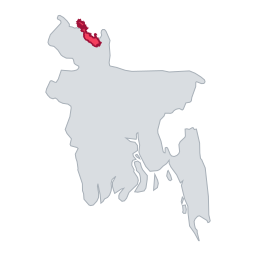 Lalmonirhat, Bangladesh shown in context
{"feature_id": "16705992B84214314165922", "entity_name": "Lalmonirhat", "entity_type": "district", "adm_level": 2, "iso_a3": "BGD", "parent_name": "Bangladesh", "parent_adm1": "", "projection": "mercator", "projection_center": [89.252, 26.122], "detail": "fine", "context": "in_parent", "style": "filled", "palette": "rose", "viewbox_px": 256, "rotation_deg": 0, "n_neighbors": 0, "source": "geoboundaries", "source_scale": "gbopen_adm2", "svg_char_len": 8099}
<svg xmlns="http://www.w3.org/2000/svg" viewBox="0 0 256 256"><path d="M82.5,190.7L82.4,183.7L77.8,169.9L78.0,168.4L77.1,161.8L75.9,158.1L75.3,154.1L78.1,148.5L77.0,147.5L70.8,145.8L70.1,144.3L71.4,138.8L67.0,133.5L65.2,129.5L69.9,116.7L71.2,107.8L70.8,106.1L67.9,104.1L62.8,103.3L59.1,101.6L57.0,99.1L55.2,98.0L53.0,98.8L50.2,97.8L47.8,95.3L45.8,92.2L46.6,88.9L50.3,81.0L51.7,80.7L55.0,82.3L56.2,82.3L58.3,79.1L61.3,70.2L71.6,71.0L74.1,70.7L76.7,70.0L78.1,68.8L78.9,67.4L78.7,66.2L75.5,64.5L74.2,63.2L73.4,59.6L72.4,58.3L66.2,58.1L62.9,56.4L61.1,55.0L57.9,50.1L54.0,46.4L50.2,45.6L48.8,44.4L48.0,42.5L48.5,39.8L50.4,34.6L60.7,23.4L61.0,22.2L60.6,20.7L57.5,18.9L57.3,18.0L58.2,15.7L59.9,15.4L63.5,17.5L67.1,21.0L69.3,24.1L69.3,26.5L72.2,27.0L74.5,28.1L77.0,27.7L78.5,28.3L79.6,28.1L80.0,26.7L77.9,23.2L78.9,21.7L81.3,21.8L83.0,23.1L84.3,25.8L84.5,30.1L87.3,33.9L91.0,36.6L93.8,37.9L97.3,38.7L100.3,37.9L101.7,35.2L101.1,32.8L101.5,30.7L102.7,29.5L104.6,29.6L106.0,31.3L110.0,40.4L109.2,44.5L110.1,55.5L109.1,62.8L109.7,65.6L110.4,66.1L116.5,67.4L125.2,70.3L132.0,71.4L162.4,70.6L169.1,72.0L189.4,70.9L195.0,73.2L201.0,77.0L204.4,79.8L205.0,81.4L204.6,82.8L203.5,83.5L201.4,83.6L196.6,81.7L195.8,82.3L195.7,86.6L191.8,97.5L191.3,100.9L189.9,102.2L185.9,102.9L183.3,109.2L182.2,110.0L179.5,108.6L177.9,108.8L175.8,109.4L173.8,110.8L172.4,112.6L170.8,113.3L165.1,113.2L164.0,116.1L160.3,119.9L157.7,130.0L157.9,133.1L161.0,141.2L163.2,151.7L164.1,152.7L165.1,152.8L165.2,148.0L166.2,147.4L167.5,147.9L170.2,154.4L171.7,156.0L174.1,156.5L176.8,155.5L178.8,153.6L179.6,151.6L178.9,144.6L180.2,141.7L184.8,137.4L185.4,136.1L185.1,129.1L186.9,128.8L189.2,129.4L192.2,127.7L193.1,127.7L194.3,129.5L196.4,129.1L199.6,143.1L199.8,153.0L200.5,158.4L201.7,159.7L205.2,167.9L208.4,196.6L208.8,214.8L210.2,220.9L209.0,222.3L207.9,222.6L206.9,220.4L199.4,215.8L197.6,216.3L195.1,219.0L194.1,221.4L194.5,224.9L195.3,228.3L197.1,230.3L197.2,232.5L199.2,240.6L198.6,240.6L194.6,233.2L189.6,226.0L188.0,212.9L187.9,206.4L184.6,198.8L181.4,185.5L182.8,180.8L180.4,182.9L176.7,174.9L170.9,167.0L169.2,163.5L169.1,160.2L166.6,163.6L163.2,166.0L159.7,169.5L157.4,170.6L150.0,171.3L145.8,166.5L139.7,154.7L138.9,152.0L139.7,145.1L138.3,138.5L137.9,132.7L136.8,133.3L136.3,134.8L136.6,137.3L136.1,139.3L125.9,138.0L130.3,141.5L135.0,142.3L137.4,145.4L137.5,150.5L132.9,153.6L133.3,156.2L136.0,159.4L132.8,160.3L131.9,162.4L131.8,165.3L134.1,169.8L133.7,171.6L137.6,177.5L138.3,180.4L137.3,184.4L129.0,192.4L126.6,198.2L124.5,200.8L122.0,201.3L118.9,198.6L118.8,195.8L119.5,193.6L123.8,188.3L121.4,189.0L114.7,193.4L113.4,189.8L112.5,186.5L112.5,182.4L115.8,176.3L112.1,179.4L111.1,183.2L111.5,187.6L111.1,190.8L109.6,194.9L107.6,197.4L104.5,199.0L103.1,201.4L100.9,203.2L100.2,194.9L97.9,183.7L97.4,186.1L98.6,193.1L98.5,197.6L96.8,201.2L93.3,205.0L90.6,205.6L89.0,205.0L84.0,199.2L83.6,193.7L82.5,190.7ZM144.1,190.9L137.8,192.2L134.7,191.8L140.6,181.7L140.4,177.2L139.5,173.5L136.5,170.5L136.3,168.4L135.0,165.5L134.3,162.1L137.6,161.0L140.3,162.9L141.3,166.8L142.6,169.7L147.3,175.6L147.2,179.3L145.9,188.1L144.1,190.9ZM157.4,187.6L153.6,190.3L154.8,174.3L157.6,180.2L158.3,183.4L157.4,187.6ZM171.8,179.6L170.2,180.7L168.6,179.7L166.7,176.0L167.6,171.2L168.2,170.5L170.6,175.4L171.8,179.6ZM185.8,213.2L183.7,213.4L182.6,212.2L183.1,210.7L182.6,205.5L185.3,205.0L186.3,209.3L185.8,213.2ZM183.5,198.8L181.9,203.9L181.2,201.6L182.3,197.1L183.5,198.8ZM139.2,157.1L139.8,158.8L136.4,156.7L135.4,155.1L137.0,154.3L139.2,157.1Z" fill="#d9dde1" stroke="#a8b0b8" stroke-width="1"/><path d="M97.8,38.2L97.1,38.2L96.6,37.8L95.9,37.6L96.1,36.9L96.1,36.6L95.8,36.2L95.6,36.4L95.2,36.4L95.0,37.0L94.6,37.2L94.7,37.6L94.6,37.8L93.9,37.6L93.5,37.8L93.2,37.6L92.9,37.6L93.1,37.5L92.8,37.5L92.7,37.2L92.6,37.3L92.7,37.2L92.4,37.0L92.3,36.6L91.9,36.6L91.4,36.1L91.2,36.3L90.5,36.1L90.7,35.9L90.7,35.5L90.3,35.7L89.7,35.5L89.8,34.9L90.2,34.4L89.6,34.5L89.6,34.1L89.3,33.9L89.2,33.7L89.3,33.6L89.0,33.6L88.8,33.5L88.8,33.2L88.3,33.1L88.2,33.2L87.9,33.0L87.5,33.2L86.9,32.9L86.6,32.9L86.3,32.5L86.2,32.6L85.9,31.8L86.3,31.6L86.0,31.3L85.7,31.4L85.7,31.1L85.5,30.9L85.6,30.2L86.0,29.8L85.7,29.6L85.7,28.7L85.4,28.7L85.5,28.5L85.4,28.6L85.3,28.2L84.9,28.1L85.1,27.6L84.5,27.2L84.4,27.2L84.4,26.9L84.2,27.0L84.3,26.6L84.5,26.5L84.3,26.4L84.5,26.2L84.2,26.0L84.4,25.5L85.0,26.7L85.1,26.4L85.4,26.2L85.2,26.1L85.3,26.1L85.1,26.0L85.5,25.9L85.5,25.6L85.3,25.7L85.5,25.6L85.5,25.4L85.2,25.4L84.7,25.4L84.6,25.2L84.2,25.2L83.9,25.4L83.6,25.3L84.3,24.7L84.1,24.6L84.1,24.2L84.2,23.8L83.5,23.7L83.8,23.6L83.9,22.8L84.1,22.5L84.0,22.4L83.6,22.6L83.7,22.4L83.3,22.4L83.3,22.5L83.3,22.4L83.0,22.2L82.9,22.3L82.9,22.2L82.7,22.4L82.1,22.2L82.0,22.4L81.8,22.4L81.7,21.9L81.3,22.0L81.5,21.9L81.4,21.6L80.9,21.7L80.9,21.3L80.4,21.3L80.6,21.7L80.4,21.7L80.4,21.4L80.0,21.4L80.0,21.2L79.9,20.8L80.0,20.7L80.1,20.3L79.9,20.4L79.9,20.2L79.8,20.3L79.8,20.2L79.4,20.2L79.4,19.9L79.1,19.8L79.2,20.1L79.4,20.1L79.2,20.3L78.9,20.1L78.9,20.3L78.7,20.3L78.8,20.5L78.9,20.8L78.7,20.9L78.7,21.2L78.0,20.9L78.0,21.1L78.3,21.1L77.9,21.3L78.0,21.5L78.0,21.9L77.2,21.9L77.4,22.2L77.6,22.0L77.7,22.8L77.4,23.0L77.8,23.1L77.5,23.3L77.5,23.5L77.9,23.6L77.7,23.8L78.0,23.6L78.4,23.9L78.8,24.0L78.9,23.5L79.2,23.7L79.2,23.9L78.8,24.1L78.7,24.4L79.0,24.3L78.9,24.5L79.1,25.0L79.2,24.7L79.3,24.6L79.2,24.3L79.3,24.1L79.7,24.1L79.8,24.3L80.1,24.2L80.2,24.3L80.3,24.6L80.0,24.5L80.1,24.8L80.4,24.8L80.7,25.0L80.6,25.3L80.3,25.3L80.5,25.5L80.1,25.5L80.0,25.8L80.1,26.1L80.4,26.1L80.5,26.3L80.6,26.2L80.5,26.6L80.9,26.0L81.3,26.6L81.4,26.4L81.2,26.2L81.4,25.8L81.6,25.9L81.4,26.6L81.9,26.8L82.1,26.7L82.0,26.9L82.1,27.1L82.3,27.2L82.2,27.0L82.4,27.0L82.4,26.6L82.3,26.9L82.3,26.6L82.2,26.6L82.3,26.3L82.7,26.4L82.7,26.7L82.9,27.0L82.6,27.1L82.9,27.4L82.8,27.5L82.9,28.0L82.5,27.9L82.4,28.2L82.5,28.5L82.0,28.3L81.9,28.4L81.6,28.3L81.4,28.4L81.3,28.6L81.4,29.0L81.8,29.2L81.9,29.3L81.8,30.1L81.5,30.2L81.3,30.5L81.7,30.6L81.8,31.0L82.0,30.9L81.9,31.0L82.0,31.2L82.3,31.1L82.7,31.4L83.3,31.3L84.1,32.3L84.1,32.7L84.3,33.3L84.2,33.5L83.9,33.5L83.8,34.1L83.8,34.6L84.2,35.1L83.9,35.3L84.0,35.6L83.9,35.7L84.1,36.7L84.0,36.8L84.3,37.0L84.3,37.4L84.4,37.5L84.7,38.3L84.9,38.5L85.1,38.8L86.1,39.9L86.8,40.0L87.1,40.0L87.5,40.4L87.8,40.3L88.4,41.3L88.6,41.1L89.0,41.9L89.9,42.2L90.1,42.4L90.6,42.2L91.0,42.5L91.1,42.8L91.5,43.4L91.8,43.5L92.3,43.8L92.6,44.0L92.6,44.5L93.0,44.9L93.0,45.2L93.9,45.3L93.9,45.6L94.4,46.1L95.6,46.3L96.0,46.2L96.0,46.5L96.6,46.5L96.9,46.7L97.1,46.5L97.0,45.5L97.5,45.5L97.4,45.4L97.2,45.1L96.9,45.2L96.9,45.4L96.9,45.0L97.2,44.9L97.4,45.0L97.6,45.0L97.7,44.6L97.9,44.7L98.0,45.2L98.1,45.4L98.1,45.5L98.4,45.5L98.2,45.7L99.2,45.8L99.2,45.5L99.1,45.4L99.1,45.2L99.3,45.5L99.5,45.5L99.8,45.1L99.8,44.5L99.7,44.4L99.7,43.7L99.6,43.4L100.3,43.6L100.4,43.0L101.0,42.8L101.0,42.6L100.1,42.5L100.1,42.2L99.7,42.1L99.5,41.5L99.1,41.4L99.1,41.0L98.8,40.7L98.9,40.3L98.4,39.9L98.6,39.7L98.4,39.4L98.6,39.4L98.1,39.6L97.8,39.6L97.5,39.0L97.8,38.5L97.8,38.2ZM81.6,28.5L81.4,28.5L81.6,28.5ZM78.1,24.8L77.8,24.8L77.9,25.1L77.7,25.2L78.2,25.9L77.9,26.3L78.0,26.4L78.6,26.7L79.0,27.2L79.8,27.0L79.8,26.8L80.0,26.8L80.1,26.2L79.9,26.1L79.8,26.4L79.3,26.4L79.4,26.0L79.0,26.0L79.1,25.8L78.8,25.4L78.4,25.7L78.4,25.3L78.6,25.3L78.6,24.9L78.1,24.9L78.1,24.8ZM85.9,27.7L85.5,27.3L85.4,27.7L85.6,28.1L85.8,28.3L85.7,28.5L86.2,28.6L86.2,28.4L86.3,28.1L86.5,28.6L86.3,28.8L86.7,28.6L86.6,28.1L86.7,27.9L86.9,27.9L86.8,27.6L86.6,27.7L86.1,27.5L86.0,28.2L85.7,28.0L85.6,27.7L85.9,27.7ZM95.6,34.6L94.8,34.3L94.8,34.8L95.2,35.0L95.4,34.8L95.3,35.0L95.7,34.9L95.6,34.6ZM81.2,27.6L80.8,27.5L80.8,27.9L80.8,27.6L80.7,27.6L80.6,28.0L80.9,28.2L81.2,27.6ZM81.6,27.2L81.4,27.3L81.5,27.5L81.8,27.9L82.0,27.6L81.6,27.2ZM95.7,33.9L95.4,34.1L95.9,34.2L95.7,33.9ZM80.7,27.1L80.8,26.9L80.7,26.8L80.4,27.0L80.7,27.1ZM84.9,26.9L84.7,26.8L84.6,27.1L84.9,26.9ZM87.3,28.4L87.0,28.4L87.1,28.6L87.3,28.4ZM82.6,22.1L82.8,22.0L82.6,21.9L82.6,22.1ZM78.6,24.1L78.4,24.0L78.5,24.1L78.6,24.1ZM83.2,22.1L83.3,22.1L83.2,22.1ZM85.3,26.3L85.5,26.3L85.4,26.3L85.3,26.3Z" fill="#f43f5e" stroke="#9f1239" stroke-width="1.5"/></svg>